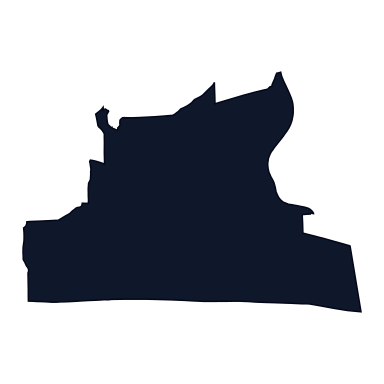 Amuwo Odofin, Lagos, Nigeria
{"feature_id": "59680162B96890005302109", "entity_name": "Amuwo Odofin", "entity_type": "district", "adm_level": 2, "iso_a3": "NGA", "parent_name": "Nigeria", "parent_adm1": "Lagos", "projection": "natural_earth1", "projection_center": [3.271, 6.447], "detail": "fine", "context": "isolated", "style": "filled", "palette": "ink", "viewbox_px": 384, "rotation_deg": 0, "n_neighbors": 0, "source": "geoboundaries", "source_scale": "gbopen_adm2", "svg_char_len": 3818}
<svg xmlns="http://www.w3.org/2000/svg" viewBox="0 0 384 384"><path d="M313.5,213.1L312.1,211.1L310.2,209.4L308.5,208.4L308.1,208.2L304.4,207.1L300.6,206.4L296.7,205.6L294.4,205.2L292.3,204.8L291.2,204.6L290.9,204.5L290.5,204.6L288.3,204.2L286.5,203.4L283.0,202.0L280.3,199.6L278.5,197.2L277.5,195.2L276.0,191.7L275.9,190.8L275.8,190.7L275.4,188.0L274.5,184.6L273.8,182.3L272.6,179.8L270.9,176.8L270.1,174.9L269.5,173.5L269.4,173.4L269.0,172.5L268.1,168.7L267.8,165.6L267.7,163.9L267.9,161.8L268.2,160.3L268.2,160.1L268.2,159.5L268.7,157.5L269.3,155.9L270.4,153.4L271.5,151.5L272.9,149.7L273.8,148.3L274.4,147.4L283.0,136.6L284.9,133.8L286.9,131.1L288.8,128.1L290.5,124.6L291.9,120.7L292.9,115.7L293.2,113.0L293.2,108.0L293.1,106.7L292.9,104.5L292.5,102.1L291.3,98.1L289.4,93.5L287.6,89.5L285.5,85.0L283.6,81.0L282.8,79.0L282.6,78.6L281.6,76.1L280.7,72.2L279.4,72.6L277.9,73.0L276.7,73.2L275.6,75.8L274.6,78.9L273.1,82.3L272.1,84.6L272.0,85.2L271.9,86.6L271.6,86.7L270.4,86.6L270.1,86.7L269.4,87.3L267.9,88.9L267.5,89.2L263.0,90.2L255.2,92.1L243.3,95.3L239.0,96.6L234.6,97.9L218.8,102.6L215.0,103.8L214.9,100.0L214.8,95.5L214.5,87.8L214.4,82.4L213.3,84.6L211.7,86.3L208.0,89.8L202.7,95.1L200.8,96.4L199.9,96.9L199.6,97.4L199.4,97.2L198.4,97.6L197.1,98.3L194.5,99.6L193.6,100.6L192.9,101.3L192.1,102.3L191.6,102.7L190.7,103.5L187.5,105.7L183.9,107.6L182.2,108.3L180.7,109.0L179.2,110.6L178.2,111.6L176.5,112.8L175.8,113.4L175.1,113.9L174.8,114.2L172.5,115.4L170.6,115.5L168.0,115.7L164.6,116.0L159.6,116.4L156.6,116.6L155.5,116.7L148.0,117.1L138.0,117.6L131.4,117.8L125.8,117.7L124.8,118.1L124.6,117.6L122.4,117.8L120.8,119.2L120.0,120.2L119.8,123.5L120.1,124.8L119.3,126.3L118.3,127.3L117.8,127.9L117.7,129.5L117.4,129.8L116.3,129.9L114.2,128.9L112.4,128.3L112.1,127.8L112.0,127.2L111.4,127.4L110.5,127.1L109.7,126.1L107.9,124.4L107.4,122.2L107.0,119.6L106.7,115.2L106.8,114.6L108.6,111.4L108.3,110.6L107.2,110.4L106.2,109.5L105.2,109.0L104.2,109.4L103.3,110.1L103.1,107.2L101.6,109.2L99.9,110.8L97.1,113.0L95.8,114.0L95.7,114.1L96.4,117.2L97.3,121.9L97.9,125.3L98.1,126.0L99.1,127.3L100.6,128.5L102.3,130.4L104.3,133.7L104.3,137.3L104.4,142.9L104.3,152.5L104.5,160.8L104.5,164.0L99.9,162.4L95.9,161.2L92.3,160.4L90.4,160.1L89.8,161.2L89.8,161.4L89.7,161.8L89.8,162.0L90.1,163.5L90.7,167.6L91.0,169.7L90.7,171.2L90.7,174.6L90.5,178.1L90.5,178.6L90.2,180.1L89.5,181.5L88.6,183.2L88.6,183.3L88.2,189.1L88.3,192.9L88.3,195.9L88.5,200.2L88.3,203.4L84.9,203.3L82.3,203.2L82.3,203.3L81.8,205.5L81.4,206.2L80.4,207.0L79.8,207.2L78.5,207.3L76.6,207.8L75.3,208.6L74.5,209.5L73.1,210.4L71.8,211.5L70.2,213.2L69.0,214.0L66.4,215.4L63.0,217.4L58.9,219.9L58.1,220.3L54.4,220.4L49.2,220.7L40.5,221.1L30.0,221.5L26.8,221.8L26.8,223.3L26.4,224.7L25.8,226.1L24.5,227.3L23.6,228.0L24.0,232.3L24.1,236.8L24.0,240.8L23.5,244.4L23.1,247.4L23.0,252.6L23.2,256.2L23.2,258.4L23.3,259.7L24.8,262.2L25.6,264.0L26.5,266.0L27.4,267.0L28.2,268.4L28.6,269.9L28.5,271.6L28.2,272.4L28.0,272.9L28.0,273.0L28.1,278.4L28.2,285.4L28.3,288.4L28.3,296.7L28.4,301.1L32.4,301.2L36.9,301.5L41.4,301.6L45.9,301.8L51.9,302.2L55.7,302.2L60.7,301.9L65.1,301.8L70.1,301.6L75.6,301.3L81.3,300.9L88.5,300.5L93.8,300.3L100.3,300.0L104.4,299.7L108.4,299.8L111.5,299.4L123.2,299.2L147.3,299.2L170.1,299.8L184.7,300.4L193.2,300.9L198.1,301.1L204.1,301.4L209.3,301.4L214.9,301.4L219.1,301.3L227.2,301.3L232.6,301.2L236.6,301.2L240.1,301.2L244.2,301.4L248.3,301.5L254.6,302.0L264.6,302.4L275.4,302.7L286.3,303.1L289.9,303.2L302.5,303.8L306.8,303.8L309.1,303.9L313.9,304.7L322.4,306.2L333.7,308.3L347.4,310.5L361.0,311.8L350.1,246.2L349.8,245.8L325.0,238.8L302.9,233.1L302.6,222.6L302.2,214.7L302.8,214.6L308.2,214.1L308.4,213.7L308.9,214.2L310.5,214.0L311.0,213.0L312.3,213.3L313.0,213.6L313.5,213.7L313.5,213.1Z" fill="#0f172a" stroke="#020617" stroke-width="1.5"/></svg>